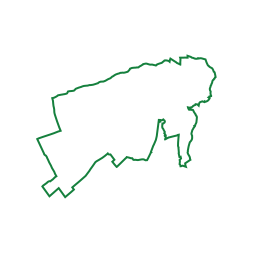 the district of Blajani, Buzau, Romania, rotated 71°
{"feature_id": "2599482B90887320089093", "entity_name": "Blajani", "entity_type": "district", "adm_level": 2, "iso_a3": "ROU", "parent_name": "Romania", "parent_adm1": "Buzau", "projection": "robinson", "projection_center": [26.819, 45.297], "detail": "fine", "context": "isolated", "style": "outline", "palette": "green", "viewbox_px": 256, "rotation_deg": 71, "n_neighbors": 0, "source": "geoboundaries", "source_scale": "gbopen_adm2", "svg_char_len": 5636}
<svg xmlns="http://www.w3.org/2000/svg" viewBox="0 0 256 256"><g transform="rotate(71 128 128)"><path d="M164.6,120.4L163.0,118.7L160.6,116.3L158.7,114.4L158.6,114.0L158.2,114.2L154.1,110.8L152.9,109.8L152.2,109.0L148.3,105.5L145.6,103.8L144.6,103.2L144.3,103.1L130.4,96.2L130.8,95.2L131.1,95.4L132.5,96.1L132.5,95.6L132.4,95.4L131.5,94.9L131.6,93.9L131.7,93.2L131.5,92.4L131.4,91.8L132.5,91.4L132.8,91.1L133.3,91.0L133.8,91.0L134.3,91.3L134.7,91.7L135.3,93.5L135.0,94.0L136.3,94.6L138.1,95.3L139.2,95.4L140.3,95.0L141.5,94.9L143.7,94.5L144.1,94.7L144.7,95.4L145.4,95.1L147.3,94.7L147.5,94.8L147.0,95.1L146.8,95.5L147.0,95.7L147.3,95.8L147.7,95.8L148.4,95.5L148.7,95.3L149.0,95.3L149.6,95.5L150.4,96.1L150.6,96.6L150.8,96.6L150.8,96.1L150.6,95.4L150.2,92.6L150.3,92.0L150.5,89.5L150.8,86.1L150.9,85.3L151.0,84.2L150.8,83.5L150.8,82.9L150.9,82.2L154.0,83.6L157.9,85.3L161.1,86.5L162.0,86.6L162.8,86.5L163.2,86.8L163.8,86.9L168.1,88.0L168.3,88.3L172.2,88.8L172.3,88.5L172.3,87.6L174.1,87.8L175.0,89.6L176.2,89.7L177.8,90.4L179.0,91.0L179.6,90.7L180.6,90.6L181.3,90.8L181.4,90.5L181.4,89.3L181.4,88.6L181.7,88.2L183.5,85.9L182.2,85.9L181.9,85.8L180.4,85.6L180.1,85.5L179.9,85.3L179.8,84.6L179.4,83.2L178.9,81.3L178.6,80.3L178.4,79.4L178.0,79.5L177.2,79.3L175.8,79.1L175.0,79.1L172.5,79.6L171.2,79.7L170.5,79.6L169.9,79.1L169.1,78.9L166.2,77.3L164.7,76.4L161.6,74.2L160.7,72.6L159.7,71.4L158.9,70.9L158.4,70.6L157.1,70.2L156.2,69.9L154.7,70.0L153.8,69.8L151.3,68.1L150.8,67.7L150.1,66.8L149.2,65.9L148.9,65.2L148.7,65.0L148.3,64.8L147.7,64.7L147.9,64.0L147.5,63.7L146.9,63.4L145.1,61.6L142.2,60.2L140.1,59.3L139.3,59.3L139.0,59.3L138.6,59.6L138.1,59.7L137.3,59.6L137.2,59.7L137.1,59.8L136.6,59.8L136.4,59.9L134.0,60.5L133.3,60.5L132.8,60.6L132.1,60.7L131.8,61.1L131.5,62.1L130.8,62.6L131.0,63.1L130.7,64.0L130.5,64.4L130.1,64.5L129.5,64.5L129.0,64.5L128.6,64.7L128.0,64.6L128.4,64.0L128.6,63.7L128.8,63.3L129.0,61.8L129.2,61.5L129.2,61.3L129.1,60.9L128.7,59.8L128.3,59.1L128.2,58.5L128.1,56.9L127.5,56.4L128.2,54.8L129.9,53.9L128.2,52.9L127.5,52.3L127.1,51.7L127.0,50.2L127.0,49.0L127.8,48.2L127.8,47.4L127.7,47.0L128.4,47.0L128.4,44.9L128.2,43.8L127.8,42.9L127.1,41.8L126.4,41.1L125.3,41.9L125.1,41.1L124.7,40.8L124.8,39.9L124.9,39.0L124.7,38.9L124.3,38.9L123.7,39.0L123.0,38.9L122.0,38.7L120.5,38.0L120.0,38.0L119.3,38.2L117.9,38.0L117.4,37.8L116.5,37.1L115.7,36.4L115.2,36.2L114.8,35.9L114.4,35.3L113.4,34.6L112.7,33.8L112.0,33.4L111.1,32.9L110.3,31.9L110.2,31.7L110.2,31.3L110.1,31.1L109.5,30.6L109.5,30.4L109.4,30.0L108.6,29.4L108.4,28.6L106.5,28.3L103.7,28.0L103.2,28.1L102.7,28.6L101.0,28.6L99.2,28.9L98.7,29.2L97.1,30.7L96.0,31.4L95.7,31.4L95.5,31.5L95.1,31.9L94.5,32.1L91.6,32.4L88.4,32.4L86.2,35.6L85.7,36.5L85.4,37.7L85.4,38.2L85.1,38.4L84.9,38.8L85.2,38.9L85.2,39.0L85.0,40.0L84.8,40.9L84.7,41.2L83.9,42.6L83.5,42.9L82.8,43.8L82.4,44.6L81.3,45.4L79.1,48.2L80.9,48.8L80.1,50.9L78.5,55.8L79.3,55.8L79.7,55.9L81.1,56.4L82.7,57.1L84.8,57.8L85.0,57.9L84.6,58.4L83.9,59.0L82.4,60.6L81.5,61.1L78.9,63.2L76.2,65.3L77.3,66.2L78.9,67.1L78.2,67.5L77.9,67.7L77.5,68.2L77.0,69.0L76.6,69.7L76.4,70.5L76.1,70.9L76.1,71.3L76.1,71.7L76.6,72.6L76.8,73.5L76.9,73.8L77.1,74.0L77.3,74.5L77.4,75.3L77.3,76.5L77.3,78.6L77.4,80.0L77.9,80.7L78.0,81.1L78.0,81.3L77.5,81.8L77.2,82.5L75.9,84.5L75.7,85.1L75.5,85.9L75.1,86.8L74.4,87.8L73.3,89.3L72.9,90.2L72.8,90.9L72.7,91.6L72.6,92.3L72.6,93.1L72.9,93.4L72.9,93.7L73.2,94.9L73.3,95.3L73.5,96.3L73.5,96.9L74.1,98.4L73.5,100.4L73.5,100.8L73.2,101.8L72.9,102.9L72.5,104.7L72.6,106.8L72.8,107.0L73.0,107.1L73.2,107.3L73.6,107.9L74.7,109.9L74.7,110.3L74.6,112.4L74.4,113.9L73.8,115.4L73.7,116.1L73.4,117.1L73.4,117.7L73.5,118.7L73.4,119.8L73.4,121.8L73.7,123.7L74.2,125.0L74.2,126.0L75.2,128.4L75.3,129.9L75.4,131.1L76.0,134.1L76.0,135.3L76.1,135.6L76.1,136.0L76.0,136.3L75.3,138.8L75.3,139.3L75.3,140.0L75.4,140.6L75.6,141.3L75.8,141.7L75.9,142.0L75.8,142.4L75.8,144.2L75.8,144.6L75.7,147.0L75.3,149.1L74.9,150.3L74.8,151.9L74.8,152.3L74.5,153.3L74.3,154.2L73.9,155.9L73.8,157.7L73.9,158.7L73.8,161.4L73.9,164.3L74.0,164.8L75.0,166.6L75.0,167.3L75.0,167.7L74.7,169.1L74.5,170.0L74.2,171.1L74.0,172.4L73.9,172.7L74.1,173.0L75.0,173.9L75.3,174.2L75.4,174.5L75.5,174.8L75.4,176.1L75.3,177.1L75.1,178.2L74.9,179.6L74.8,180.0L74.3,183.5L74.7,184.5L75.0,185.9L75.3,188.0L75.1,189.9L77.9,190.1L80.7,190.8L83.0,191.3L84.3,191.4L86.3,191.7L89.0,192.5L90.2,192.7L91.7,192.8L98.4,192.9L105.2,192.8L108.7,192.6L108.6,195.2L108.8,199.9L108.8,203.4L108.7,211.3L108.7,214.0L108.7,215.4L108.8,216.7L108.9,217.4L125.1,215.7L125.7,215.8L126.2,215.5L126.9,215.1L127.4,214.6L129.0,214.2L130.0,214.2L132.4,213.9L134.9,213.7L138.4,213.1L141.0,212.9L145.3,212.0L147.6,211.9L150.3,211.4L150.6,212.6L151.2,214.0L152.1,215.8L152.4,216.9L152.6,217.4L153.0,218.7L153.1,218.9L152.9,219.2L152.7,219.6L152.7,220.1L152.8,221.0L153.1,221.9L153.5,222.7L154.9,227.2L155.4,228.0L167.0,224.5L162.3,213.1L172.9,209.9L170.1,202.8L168.6,199.2L166.0,200.0L164.0,194.9L163.6,193.8L162.3,190.5L160.4,185.9L159.5,183.7L155.9,178.4L154.9,177.2L152.5,173.8L149.7,170.0L149.2,168.5L148.7,165.9L148.3,164.1L148.1,163.2L147.9,162.2L146.9,159.0L145.7,155.8L145.5,155.4L146.3,155.2L146.6,154.9L146.8,154.6L147.1,154.0L147.3,153.2L153.6,151.2L154.8,153.8L158.2,152.6L161.1,151.4L161.1,151.2L158.9,146.5L156.8,142.1L156.6,141.6L156.3,141.1L155.5,139.2L155.1,138.7L155.3,138.4L156.2,136.9L157.5,135.1L157.7,134.8L157.8,134.2L157.9,133.9L158.3,133.7L159.5,133.4L159.8,133.3L160.0,133.0L160.5,131.3L161.4,129.5L161.6,129.0L162.1,125.4L162.5,124.0L162.9,123.2L163.7,122.5L164.2,121.9L164.3,121.6L164.6,120.4Z" fill="none" stroke="#15803d" stroke-width="2"/></g></svg>